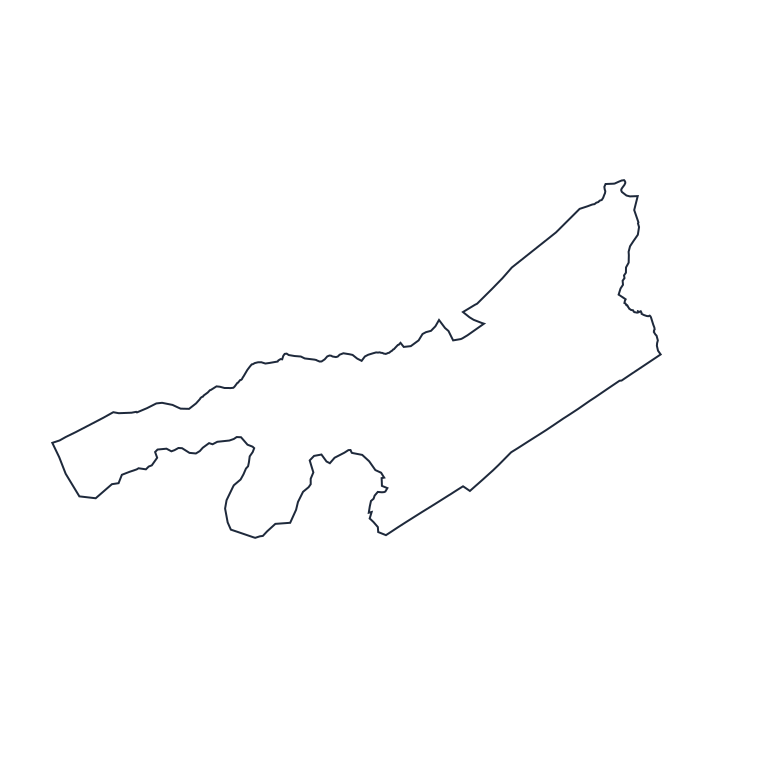 outline of Epe, Lagos, Nigeria, rotated 146°
{"feature_id": "59680162B97817900806996", "entity_name": "Epe", "entity_type": "district", "adm_level": 2, "iso_a3": "NGA", "parent_name": "Nigeria", "parent_adm1": "Lagos", "projection": "mercator", "projection_center": [3.96, 6.53], "detail": "fine", "context": "isolated", "style": "outline", "palette": "slate", "viewbox_px": 768, "rotation_deg": 146, "n_neighbors": 0, "source": "geoboundaries", "source_scale": "gbopen_adm2", "svg_char_len": 4742}
<svg xmlns="http://www.w3.org/2000/svg" viewBox="0 0 768 768"><g transform="rotate(146 384 384)"><path d="M461.6,257.5L451.7,257.4L443.4,257.2L430.3,256.8L424.0,256.6L408.9,256.0L392.4,255.5L390.7,255.4L385.3,255.3L381.5,255.2L375.7,255.0L375.1,253.6L372.6,247.3L363.6,248.5L363.4,248.5L355.8,249.5L341.7,251.5L334.2,252.8L318.3,256.0L316.7,256.3L309.1,256.0L305.1,255.9L296.3,255.7L279.1,255.2L274.9,255.1L254.7,255.1L245.6,254.9L237.1,254.8L222.6,255.0L216.4,254.9L201.4,255.0L193.0,255.0L186.9,255.0L185.1,254.0L184.4,254.0L172.8,254.0L159.6,253.9L138.1,253.8L138.2,258.4L136.4,263.1L134.7,265.2L132.6,267.0L131.0,271.7L131.3,273.3L131.2,276.3L130.5,276.7L130.2,277.5L129.1,277.9L128.3,279.6L127.6,282.6L125.4,290.0L125.3,291.1L125.5,292.1L127.0,292.4L128.2,293.5L130.0,295.9L131.2,298.1L130.6,299.3L130.5,300.7L131.4,300.7L131.8,301.0L132.0,301.2L132.7,302.1L133.1,301.2L133.9,301.4L134.5,301.8L135.4,302.8L136.2,303.5L136.4,304.0L136.5,304.4L136.4,304.9L136.3,305.8L137.4,306.9L137.7,307.1L138.0,307.8L138.4,308.9L138.6,309.2L138.6,309.6L138.5,309.9L138.5,310.2L138.5,310.6L138.6,311.1L138.4,311.7L138.4,312.2L138.4,312.6L138.3,312.9L138.3,313.2L138.6,313.3L138.9,313.5L139.0,314.1L138.8,314.5L138.9,314.8L138.8,315.7L139.4,316.7L137.7,318.3L136.3,319.1L139.5,326.9L134.5,330.9L130.4,332.6L128.4,336.2L125.4,337.3L124.3,339.8L121.2,341.0L118.2,345.3L113.3,347.8L108.9,354.0L107.3,356.8L103.0,360.6L97.3,363.0L90.1,365.8L84.8,371.5L83.6,375.2L82.7,375.7L79.3,388.3L68.6,397.9L75.2,402.0L77.6,404.7L79.4,410.2L79.3,410.9L78.9,412.2L77.8,413.0L76.3,413.6L73.4,414.6L71.7,415.6L71.1,416.4L70.9,417.4L70.9,418.4L71.0,418.8L72.0,419.2L73.1,419.8L76.0,420.4L80.7,421.2L82.0,421.9L88.5,425.9L91.1,424.2L92.2,421.9L92.7,420.1L94.1,418.6L95.7,417.6L98.2,415.8L100.6,414.8L102.7,415.4L104.6,415.0L106.6,415.6L108.9,415.4L109.9,415.9L111.2,416.4L115.8,417.5L123.9,419.8L156.6,413.5L212.9,409.1L226.5,405.5L241.4,402.4L261.9,398.5L264.3,398.8L278.3,399.5L275.8,391.5L273.8,387.1L268.8,379.9L267.4,378.1L287.5,377.7L293.5,378.0L295.2,378.3L302.3,381.5L300.9,391.9L302.1,396.3L302.6,406.3L309.1,403.1L315.3,401.8L320.2,403.5L324.1,403.9L330.9,400.8L340.6,400.4L346.9,403.7L347.3,408.9L349.8,408.3L350.7,408.6L354.3,407.8L356.2,407.3L357.2,407.5L358.6,407.1L360.5,407.2L362.1,407.0L363.5,407.5L364.8,407.7L365.8,408.0L366.3,408.6L367.0,409.1L368.0,410.7L369.1,411.6L369.8,412.6L371.4,413.4L372.9,414.6L375.9,415.6L380.8,417.1L384.5,417.5L389.6,415.7L392.0,420.0L393.8,425.7L396.0,428.0L400.5,432.2L404.4,433.1L407.0,432.6L408.8,433.2L411.3,435.6L412.0,437.0L413.3,438.1L415.6,438.6L419.4,437.6L423.1,437.6L424.8,438.6L426.4,441.0L426.7,441.7L427.9,443.0L435.4,449.5L437.6,453.3L442.5,457.2L446.8,461.3L447.7,463.6L449.5,464.5L451.7,463.7L454.6,461.4L455.8,462.5L458.5,462.6L459.6,462.1L467.2,465.5L470.9,467.3L473.6,470.7L476.4,472.5L479.4,473.6L481.8,473.8L482.5,474.2L483.2,474.1L485.6,473.4L489.4,472.1L496.3,468.8L497.4,468.4L499.0,467.5L500.0,467.3L501.0,467.7L504.5,466.7L505.0,466.9L509.3,465.4L511.0,465.1L513.8,466.6L514.7,467.3L518.4,469.8L521.6,473.5L524.2,475.7L531.0,475.9L531.8,476.2L534.8,475.5L537.0,475.4L540.1,475.3L540.9,474.8L542.4,475.1L543.9,475.0L545.1,474.4L550.7,473.0L559.5,472.4L566.4,477.3L568.2,480.2L571.0,484.9L578.5,492.5L583.6,495.2L594.0,496.5L604.7,498.6L605.0,499.5L609.4,501.4L620.2,508.1L624.2,512.0L635.9,513.0L666.6,516.5L677.2,518.0L684.5,518.6L691.9,520.7L694.2,504.9L698.1,487.6L699.4,461.2L686.9,450.5L665.6,453.1L659.5,450.2L652.1,455.3L644.5,453.6L636.8,451.5L634.6,451.4L629.1,446.4L625.4,447.1L625.0,447.1L622.0,446.4L613.3,449.7L611.8,455.6L608.4,456.3L600.5,452.0L597.9,447.1L594.7,446.3L590.2,445.9L587.3,443.7L583.8,435.7L578.8,431.6L574.2,431.4L569.9,432.5L562.1,432.8L559.8,429.9L554.5,429.3L543.8,423.6L539.2,422.4L535.8,422.4L532.3,419.8L531.1,410.0L529.0,407.0L528.0,405.5L527.5,403.4L530.9,401.0L535.8,399.1L539.7,394.7L542.7,391.8L545.7,391.1L551.0,387.7L556.3,385.0L565.2,384.0L567.0,383.0L579.5,375.7L585.4,369.6L591.0,356.7L592.4,348.9L588.1,343.3L578.1,330.1L576.8,328.5L572.0,327.1L569.4,325.8L563.3,327.2L552.3,328.8L539.4,321.4L527.2,328.9L521.3,334.3L511.4,339.9L504.2,340.6L500.8,341.9L497.8,346.4L492.0,350.2L490.7,354.5L490.0,356.8L488.3,362.2L482.2,363.5L475.3,360.5L475.0,351.9L473.2,348.6L466.2,350.5L455.2,349.2L450.5,349.1L448.7,348.0L449.2,345.0L448.8,344.5L443.3,339.0L443.2,338.9L441.7,337.4L439.5,328.2L439.3,317.5L436.0,312.0L436.2,307.6L436.2,306.3L438.6,307.3L440.3,304.5L442.7,300.7L439.4,295.8L443.0,294.1L444.3,294.3L446.3,295.4L449.5,298.0L454.2,296.7L456.8,294.7L460.2,294.3L464.2,290.5L468.6,285.8L465.8,284.8L470.1,281.3L471.1,280.5L470.7,279.1L469.9,275.4L469.1,268.8L471.6,264.5L466.9,257.6L461.6,257.5Z" fill="none" stroke="#1e293b" stroke-width="2"/></g></svg>